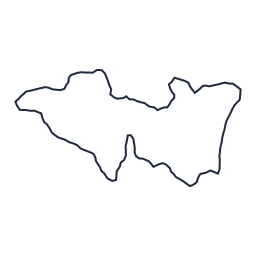 Caparaó, Minas Gerais, Brazil
{"feature_id": "56859067B87731817082401", "entity_name": "Caparaó", "entity_type": "district", "adm_level": 2, "iso_a3": "BRA", "parent_name": "Brazil", "parent_adm1": "Minas Gerais", "projection": "robinson", "projection_center": [-41.952, -20.531], "detail": "fine", "context": "isolated", "style": "outline", "palette": "slate", "viewbox_px": 256, "rotation_deg": 0, "n_neighbors": 0, "source": "geoboundaries", "source_scale": "gbopen_adm2", "svg_char_len": 2049}
<svg xmlns="http://www.w3.org/2000/svg" viewBox="0 0 256 256"><path d="M126.3,96.3L123.3,98.1L120.0,98.4L116.9,98.7L114.0,97.3L110.3,94.3L111.2,89.2L109.4,85.5L108.0,80.9L106.3,76.8L105.0,73.6L101.9,70.3L97.0,69.9L92.8,72.7L88.5,72.5L84.3,72.5L81.2,72.2L77.7,72.8L74.0,74.0L70.7,75.2L68.8,78.1L68.4,82.2L66.1,85.2L64.3,88.9L60.9,90.0L56.7,89.8L52.4,89.3L49.0,87.8L45.4,87.1L40.8,88.1L36.2,89.2L30.8,90.6L26.2,91.5L23.3,94.2L20.9,96.3L18.5,98.9L15.4,101.7L16.9,105.5L19.9,109.9L25.5,110.0L30.7,110.8L34.7,110.7L38.0,112.2L41.1,113.3L42.5,118.1L44.1,122.1L46.9,124.3L49.6,128.3L51.8,132.6L55.0,135.1L58.0,137.3L60.8,138.4L64.9,139.6L69.1,142.1L74.2,143.8L77.4,145.3L80.4,148.3L85.0,150.3L90.0,152.2L93.3,153.7L95.2,157.1L96.1,161.3L98.0,164.2L99.9,167.1L101.4,171.0L104.1,173.2L107.4,178.3L112.1,180.9L116.0,180.0L116.4,176.1L116.8,171.0L119.8,166.7L120.7,162.8L124.1,159.9L125.9,155.6L125.8,150.4L125.6,146.4L126.8,141.0L127.8,135.4L130.8,135.2L133.4,139.1L134.3,144.7L134.8,148.3L134.6,152.2L136.0,156.1L139.0,158.4L142.7,158.6L145.4,159.8L148.4,161.0L150.6,163.2L153.5,166.8L158.2,164.5L162.5,163.1L166.4,164.8L170.0,168.4L171.1,171.7L173.7,174.0L175.8,176.9L179.1,178.8L183.0,181.1L186.4,183.5L189.8,186.1L193.2,184.8L196.7,182.2L198.1,177.7L200.3,174.0L206.0,172.7L210.5,170.5L214.0,171.9L217.9,173.7L219.5,169.5L219.7,163.6L219.7,159.1L219.4,155.6L219.9,152.2L220.2,148.3L221.0,144.9L221.8,141.4L222.3,137.5L223.2,133.9L224.2,130.6L225.0,126.9L225.8,123.2L226.9,120.0L228.8,116.5L230.8,112.5L232.5,108.7L234.5,105.3L237.0,102.5L239.7,99.7L240.2,95.0L240.6,89.4L236.8,86.5L232.8,83.7L228.8,83.5L225.0,82.6L221.3,83.5L218.1,84.4L213.0,85.5L208.9,86.3L206.0,85.6L202.8,86.0L199.2,89.4L194.9,92.8L192.0,89.3L190.0,86.3L188.3,82.6L184.2,80.7L178.8,79.0L174.4,77.8L171.9,81.7L168.9,84.3L170.2,88.5L171.9,91.9L174.3,94.7L174.2,98.1L171.6,100.6L169.5,104.2L167.3,107.4L163.9,107.5L160.8,108.6L157.6,110.1L154.5,107.5L149.0,106.4L144.8,103.2L141.0,102.3L137.4,101.3L133.6,99.5L129.3,99.3L126.3,96.3Z" fill="none" stroke="#1e293b" stroke-width="2"/></svg>